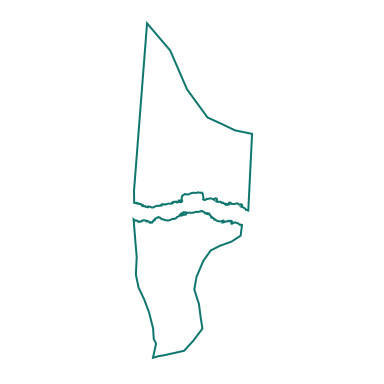 the district of Zemam Out, Al Bahr al Ahmar, Egypt, rotated 92°
{"feature_id": "37247803B6993574009783", "entity_name": "Zemam Out", "entity_type": "district", "adm_level": 2, "iso_a3": "EGY", "parent_name": "Egypt", "parent_adm1": "Al Bahr al Ahmar", "projection": "natural_earth1", "projection_center": [30.77, 28.19], "detail": "fine", "context": "isolated", "style": "outline", "palette": "teal", "viewbox_px": 384, "rotation_deg": 92, "n_neighbors": 0, "source": "geoboundaries", "source_scale": "gbopen_adm2", "svg_char_len": 5912}
<svg xmlns="http://www.w3.org/2000/svg" viewBox="0 0 384 384"><g transform="rotate(92 192 192)"><path d="M193.0,250.0L204.9,249.4L204.9,247.9L204.7,247.0L204.8,246.8L205.0,247.2L205.3,247.1L205.5,246.1L205.4,245.8L205.2,245.7L205.4,245.3L205.3,245.0L205.3,244.9L205.5,244.8L205.7,245.2L205.8,245.1L205.9,244.2L205.8,243.6L205.8,243.1L205.9,242.6L206.0,242.5L206.7,242.0L206.5,241.7L206.6,241.2L206.9,241.4L207.1,241.2L207.8,241.1L208.2,239.9L208.4,239.9L208.0,239.8L207.8,239.7L207.7,239.5L207.9,239.1L207.8,238.7L207.9,238.0L208.0,237.9L208.4,237.9L208.5,237.8L208.6,236.5L208.3,236.1L208.3,235.7L208.7,235.5L208.8,235.4L208.7,235.2L208.1,234.9L207.9,234.7L208.6,232.4L208.9,231.8L208.8,230.3L208.6,229.8L207.8,228.6L207.0,226.4L207.0,226.2L207.2,225.5L206.7,224.4L206.9,223.9L206.7,222.8L206.8,222.2L206.7,222.0L205.8,222.3L205.4,221.8L205.2,221.3L205.2,220.6L205.6,220.0L205.6,219.8L205.4,219.5L205.5,219.1L205.3,218.9L205.5,218.2L205.4,217.8L204.9,216.6L204.4,214.9L204.5,212.7L204.3,212.3L203.8,211.9L203.8,211.6L204.0,211.3L204.0,211.0L203.9,210.8L203.6,210.7L202.8,210.9L202.7,210.5L202.7,210.1L202.3,209.5L202.4,208.8L202.2,207.4L202.3,207.3L202.8,207.4L202.9,207.2L203.0,206.4L202.7,205.8L202.5,205.6L202.1,205.5L202.1,205.4L202.3,205.4L202.6,205.3L202.6,205.2L202.4,205.0L202.3,204.7L202.1,204.8L202.0,205.0L201.6,204.9L201.5,205.0L201.1,205.0L201.2,203.9L200.8,203.6L200.9,203.0L201.0,202.9L201.7,202.8L202.6,202.9L202.6,202.7L202.2,202.2L202.1,202.5L201.8,202.2L201.6,202.5L201.5,202.2L201.4,202.1L201.2,202.5L201.0,202.4L200.9,202.2L201.1,202.0L201.1,201.9L200.9,201.8L200.7,201.7L198.8,202.2L197.8,202.1L196.0,201.5L196.0,201.4L194.6,199.4L194.2,198.8L194.3,198.3L194.6,197.6L194.7,197.0L194.5,196.1L194.4,194.9L193.6,193.7L192.8,191.4L192.7,189.3L192.8,187.7L192.4,186.7L192.1,186.0L192.5,184.1L192.3,182.0L192.8,181.5L193.9,181.1L197.9,180.3L198.5,180.3L198.9,180.6L199.6,179.5L199.4,178.5L199.1,178.1L198.9,177.2L198.7,176.9L198.3,176.8L198.3,176.2L198.4,175.8L197.6,173.4L197.8,172.8L198.3,170.9L198.8,170.0L199.2,169.4L198.8,169.5L198.6,169.4L197.9,169.1L197.5,168.5L197.4,168.0L197.5,167.6L197.7,167.2L198.5,166.8L198.9,166.8L200.7,166.9L200.8,166.5L201.1,165.5L200.7,164.5L200.7,163.8L200.8,163.2L201.0,163.1L201.2,162.5L201.6,162.3L201.8,162.1L202.0,161.5L201.6,161.3L201.5,160.7L201.7,160.4L202.1,160.0L202.3,159.3L202.5,158.9L203.1,158.8L203.3,158.4L202.9,158.0L203.5,157.7L203.4,157.3L203.3,157.1L202.8,156.9L202.8,156.7L202.9,156.1L203.1,155.9L203.1,156.2L203.4,156.2L203.5,156.2L203.3,155.8L203.3,155.0L203.1,154.6L202.6,154.9L201.6,154.8L201.4,154.6L201.2,153.5L201.3,153.1L201.5,152.9L202.5,152.4L202.6,151.7L202.5,151.4L202.6,151.1L202.5,149.0L202.4,148.5L202.0,147.8L201.7,146.4L202.1,145.7L202.9,144.8L203.0,144.3L202.8,143.4L202.5,142.7L202.8,141.9L203.1,141.5L203.5,141.5L204.0,141.7L204.4,141.7L204.9,142.4L205.1,141.9L205.2,141.2L205.9,139.7L206.3,139.2L206.7,138.4L207.5,137.7L208.0,137.4L207.9,136.9L208.4,135.9L208.6,135.1L131.8,134.0L128.9,151.2L122.5,165.8L117.0,179.1L89.5,200.6L51.4,218.7L25.0,242.8L193.0,250.0ZM223.3,140.9L223.5,141.7L223.4,141.9L222.9,142.2L222.9,142.5L223.0,143.3L222.6,143.9L221.7,144.6L221.5,145.7L220.8,148.1L221.2,148.6L221.4,149.1L221.5,149.7L222.2,150.7L222.4,151.1L222.3,151.3L222.2,151.6L221.9,151.6L221.7,151.5L221.6,150.9L221.4,150.7L220.9,150.6L220.8,150.8L221.1,151.0L221.2,151.3L221.2,151.5L220.9,151.6L220.4,151.4L220.3,151.9L219.9,151.8L219.8,152.0L220.0,152.3L220.1,152.6L219.8,152.7L219.6,152.5L219.6,153.2L219.4,153.7L219.4,153.9L219.6,154.5L220.0,154.8L220.0,155.1L219.8,155.2L220.2,155.9L220.1,156.4L220.5,157.4L220.6,157.9L220.8,158.5L220.7,158.9L221.1,159.3L221.3,159.4L221.4,159.8L221.4,160.0L220.9,159.6L220.7,159.6L220.8,159.9L221.0,160.1L221.0,160.3L220.9,160.4L220.7,160.4L220.6,160.1L220.4,160.1L220.1,160.0L219.6,159.6L219.4,159.9L219.9,160.4L220.1,160.8L220.2,161.8L220.4,162.6L220.2,165.3L220.0,165.8L219.1,167.3L219.0,168.1L218.8,168.7L218.3,168.5L217.7,169.3L217.5,169.7L216.9,170.5L217.1,170.7L216.9,171.0L217.0,171.7L216.9,171.9L216.1,171.6L215.5,172.0L215.1,172.8L214.5,173.1L214.1,173.3L213.9,174.0L213.7,174.0L213.6,173.9L213.3,174.2L213.0,174.2L213.1,174.8L212.9,175.1L212.9,175.6L213.5,175.9L213.6,176.2L213.5,176.3L212.6,176.2L212.8,177.6L213.0,177.9L213.0,178.1L212.9,178.3L212.1,178.6L211.7,179.0L211.4,179.7L210.9,181.0L211.0,181.2L210.9,181.4L210.6,181.6L210.7,182.3L211.1,182.7L211.1,183.1L211.6,184.6L211.8,185.5L211.6,186.1L211.6,186.9L211.8,187.8L212.5,189.7L212.5,190.1L212.7,190.4L212.9,191.2L212.9,191.7L212.8,192.2L212.7,193.3L212.8,194.8L213.0,195.6L212.7,196.9L212.4,199.2L212.5,199.6L212.8,200.3L214.2,202.3L215.2,203.3L215.6,203.4L216.5,204.0L216.8,204.4L217.6,206.2L218.6,206.9L219.2,207.7L219.4,209.1L219.6,209.2L219.5,209.9L220.1,211.9L220.6,212.5L221.3,214.2L221.2,216.7L220.9,218.5L220.4,219.5L220.2,220.6L220.3,221.0L220.0,221.7L218.9,222.8L218.6,223.3L218.7,224.7L218.3,224.8L218.5,225.3L218.6,225.5L219.3,226.5L219.9,227.9L220.5,228.2L220.8,228.0L221.5,228.3L221.5,228.7L221.3,229.0L221.7,229.5L222.1,229.5L222.4,229.6L222.8,230.2L223.1,230.2L223.9,230.6L223.7,231.7L224.2,232.0L224.3,232.7L223.5,233.1L223.4,233.4L223.6,233.6L223.5,233.8L223.1,234.2L222.7,234.9L222.7,235.4L222.9,235.9L223.1,236.1L223.0,236.5L222.4,236.3L221.9,238.6L221.9,239.5L222.1,239.9L222.7,240.7L222.4,240.9L223.3,242.1L223.3,243.2L223.6,243.1L223.7,243.5L223.7,244.5L223.5,245.0L222.9,245.6L222.4,246.3L222.6,247.4L222.3,247.8L222.1,248.3L221.3,249.4L244.1,246.8L258.8,245.0L276.5,245.2L289.3,242.1L301.3,235.9L313.9,230.7L329.8,226.1L340.3,225.1L344.8,222.6L359.0,225.2L357.2,219.7L356.2,214.4L352.1,198.7L351.0,194.4L340.6,185.5L328.1,176.8L318.0,178.8L303.6,181.2L289.4,186.3L276.6,184.5L260.5,178.3L249.8,171.3L244.8,162.3L240.2,150.8L234.0,141.9L223.3,140.9ZM216.1,201.9L215.2,203.1L212.7,199.6L212.8,196.8L214.7,197.2L215.3,200.3L216.1,201.9Z" fill="none" stroke="#0f766e" stroke-width="2"/></g></svg>